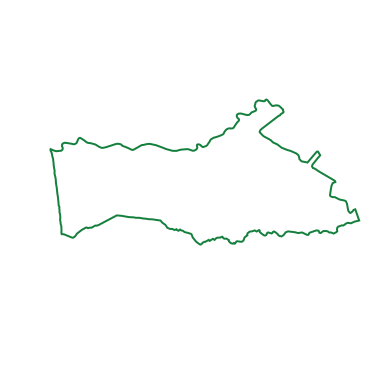 Tiquisate, Escuintla, Guatemala, rotated 61°
{"feature_id": "79465075B69803572716764", "entity_name": "Tiquisate", "entity_type": "district", "adm_level": 2, "iso_a3": "GTM", "parent_name": "Guatemala", "parent_adm1": "Escuintla", "projection": "orthographic", "projection_center": [-91.43, 14.173], "detail": "fine", "context": "isolated", "style": "outline", "palette": "green", "viewbox_px": 384, "rotation_deg": 61, "n_neighbors": 0, "source": "geoboundaries", "source_scale": "gbopen_adm2", "svg_char_len": 5984}
<svg xmlns="http://www.w3.org/2000/svg" viewBox="0 0 384 384"><g transform="rotate(61 192 192)"><path d="M297.1,85.3L296.8,84.0L294.7,83.2L293.5,82.0L293.2,80.9L293.8,77.3L294.7,75.7L294.3,72.5L294.4,70.8L296.4,68.2L296.7,64.3L298.0,59.6L286.3,57.6L286.0,59.2L286.9,61.4L287.2,63.4L286.5,64.1L284.1,64.4L277.2,62.1L275.0,61.9L274.0,62.2L272.5,63.8L270.1,66.6L265.7,69.6L264.8,71.3L263.1,72.8L262.1,73.0L261.5,72.7L256.8,69.1L254.4,67.2L252.4,64.6L252.8,61.8L251.8,61.6L250.3,62.3L236.3,70.6L231.1,73.3L230.1,74.1L229.6,74.6L227.7,74.6L226.4,73.2L225.2,70.1L223.4,65.8L222.1,62.1L217.8,62.2L217.3,62.9L217.5,64.2L222.2,76.7L218.3,81.3L215.4,82.1L213.4,81.4L211.2,81.1L208.7,82.2L203.9,85.8L201.4,88.3L196.8,92.1L191.9,94.2L187.9,97.1L184.8,98.0L177.8,102.4L172.7,103.8L172.1,103.6L171.0,102.2L170.5,100.1L167.4,79.3L167.6,77.8L167.0,76.9L166.7,73.5L166.2,73.0L164.7,72.9L164.1,72.4L162.8,72.8L162.2,73.0L160.5,73.5L159.1,74.0L158.5,74.4L157.9,75.1L157.4,75.7L156.9,76.7L156.6,77.6L156.1,79.2L155.9,79.7L155.5,80.1L155.0,80.3L154.1,80.5L153.2,80.7L152.5,80.8L151.4,81.0L150.6,81.1L149.0,81.3L148.6,81.4L148.3,81.5L147.7,81.8L147.3,82.0L147.1,82.4L147.1,83.1L147.3,83.4L147.7,84.0L147.7,84.5L147.5,85.1L147.2,85.6L144.8,88.5L144.4,89.1L144.1,89.6L144.0,90.1L144.1,90.6L144.2,91.4L144.2,91.9L144.3,92.5L144.6,92.9L144.9,93.4L145.3,93.7L145.8,94.0L146.2,94.5L146.9,95.3L147.2,95.5L147.6,95.6L148.2,95.7L148.8,95.8L149.3,95.8L150.2,95.7L150.6,95.8L151.1,95.9L151.6,96.4L151.7,96.7L151.7,97.9L151.6,98.7L151.4,100.5L151.3,101.0L151.3,101.5L151.5,102.0L151.8,102.8L152.0,103.3L152.1,104.2L152.1,104.6L152.1,105.0L151.9,105.4L151.5,106.2L151.3,106.6L150.6,107.4L149.7,108.4L147.2,111.0L146.2,112.9L146.1,113.4L146.1,114.4L146.1,114.9L146.6,115.6L147.2,116.0L147.7,116.2L148.1,116.2L148.7,116.3L149.2,116.2L149.6,116.2L150.8,115.7L151.5,115.8L151.9,116.0L152.4,116.7L152.6,117.1L153.1,118.9L153.5,119.8L155.5,123.6L155.8,124.1L156.0,124.8L156.0,125.6L155.8,126.1L155.4,127.0L154.6,128.2L154.3,128.8L154.1,129.5L154.0,130.0L154.0,130.7L154.0,131.5L154.2,132.2L154.4,132.8L154.7,133.5L155.1,134.4L155.8,135.3L156.1,135.8L156.4,136.3L156.6,137.5L156.5,139.0L156.1,142.1L155.5,144.9L155.1,146.6L155.1,148.1L155.1,148.9L155.1,149.6L155.2,150.0L155.4,150.6L156.4,152.1L157.8,154.9L158.3,155.8L158.5,156.4L158.6,156.8L158.6,157.6L158.2,159.8L158.1,160.3L157.9,160.7L157.5,161.1L156.9,161.3L154.8,162.0L154.2,162.4L153.8,162.8L153.4,163.3L153.2,163.8L153.1,164.5L153.5,165.1L155.1,165.6L155.6,165.8L156.0,166.1L156.3,166.4L156.5,166.8L156.9,167.6L156.9,168.1L156.9,169.6L156.8,170.2L156.6,170.7L156.3,171.3L156.0,171.6L153.0,174.3L152.7,174.7L152.1,175.6L150.5,179.1L149.7,180.9L149.2,182.6L148.8,184.5L148.5,185.6L146.7,188.8L146.4,189.2L141.6,194.1L139.4,195.8L133.8,200.6L130.1,204.8L129.1,206.2L128.6,207.2L128.4,207.7L128.2,208.3L127.8,209.8L127.2,211.9L126.7,212.8L126.6,213.3L126.6,214.6L126.7,222.2L126.5,223.1L126.4,223.6L126.1,224.0L125.8,224.3L122.9,226.3L120.6,228.1L118.4,230.0L117.9,230.4L116.7,230.8L116.3,230.9L115.7,231.2L114.3,232.8L113.7,233.8L113.4,234.5L113.2,235.2L113.0,235.8L112.2,240.1L111.2,245.0L110.6,247.4L110.2,248.4L109.8,249.3L109.2,250.0L108.3,250.7L106.8,251.7L103.7,253.4L101.9,255.2L100.4,256.7L98.8,258.9L98.1,259.6L97.8,259.8L96.2,260.6L94.7,261.2L91.9,262.7L90.8,263.3L90.4,263.6L90.2,264.2L90.2,264.8L90.4,265.4L91.0,266.4L93.0,268.9L93.2,269.3L93.3,270.7L93.3,271.1L93.1,271.9L92.9,272.2L92.2,273.2L91.1,274.3L87.7,278.7L87.4,279.2L87.2,279.6L87.1,280.2L87.0,280.8L87.1,281.7L87.3,282.2L87.6,282.7L88.3,283.2L89.1,283.5L90.7,283.7L91.8,284.3L92.2,285.1L92.4,285.5L92.5,286.2L92.3,286.8L92.0,287.4L91.1,289.6L90.5,291.0L88.9,292.6L86.8,294.2L86.0,294.9L86.5,295.4L87.2,295.6L89.2,295.7L90.5,296.0L92.9,296.8L95.6,297.4L97.7,298.3L99.4,299.0L102.3,300.3L102.9,300.5L103.6,300.8L106.7,301.8L108.8,303.1L110.1,303.6L112.4,304.2L114.3,304.8L118.6,306.8L120.0,307.3L122.6,308.2L128.5,310.7L130.6,311.4L134.2,312.9L137.8,314.5L138.4,314.8L138.9,315.0L139.9,315.2L140.4,315.2L141.0,315.3L142.1,316.1L142.7,316.3L143.1,316.4L143.9,316.8L145.3,317.6L146.5,318.0L148.0,318.4L149.2,318.9L149.9,319.3L150.9,319.8L151.3,320.0L152.1,320.7L152.4,320.9L154.4,321.5L155.2,321.9L156.7,322.5L157.2,322.6L158.4,322.8L159.3,323.2L163.1,325.2L164.0,325.8L164.7,326.1L165.1,326.3L165.7,326.4L166.9,324.5L171.4,320.9L173.6,319.1L174.4,318.1L174.1,315.7L172.6,312.7L171.7,306.5L171.7,301.9L172.1,301.2L172.9,300.8L173.4,300.0L173.5,298.9L174.5,297.1L174.5,292.7L175.3,291.5L175.6,289.8L176.0,269.1L178.8,265.0L183.2,259.6L186.1,255.0L187.3,253.7L189.1,250.5L191.3,247.8L193.7,244.3L194.4,243.7L196.7,239.9L201.7,233.4L204.3,232.9L207.9,231.2L211.4,230.9L212.6,229.9L213.6,229.2L214.7,227.2L216.8,225.7L217.0,223.7L217.7,223.7L219.2,222.8L219.4,222.4L219.0,221.2L219.1,220.6L219.9,220.4L221.6,218.7L223.5,217.9L225.3,215.9L228.1,213.2L228.7,212.9L232.1,213.4L235.7,212.8L237.6,212.4L241.6,210.6L242.2,209.8L242.0,208.1L241.5,207.4L241.6,205.2L242.0,204.8L242.0,200.7L242.5,200.8L243.4,200.1L243.2,199.1L243.1,196.4L244.8,195.5L244.2,193.5L244.2,192.0L245.0,190.5L245.6,189.4L245.6,187.7L245.9,187.1L247.4,187.0L248.5,186.4L249.6,184.3L251.3,183.6L251.9,183.1L253.1,183.6L255.5,182.9L257.1,181.2L256.9,180.1L257.5,179.7L257.9,179.6L257.9,179.2L256.9,177.4L256.9,176.9L257.0,176.3L259.3,173.3L259.7,172.1L259.4,170.6L258.2,169.1L257.3,168.2L257.0,166.9L256.7,164.6L256.0,164.4L255.1,163.5L254.6,160.8L255.5,158.6L256.0,155.8L257.9,154.6L257.8,151.8L258.6,151.5L259.7,152.1L260.5,152.0L264.6,150.2L265.5,149.3L265.6,148.0L264.3,146.1L264.3,145.0L266.9,142.4L266.8,141.6L266.3,140.9L266.2,139.6L267.5,138.6L270.3,137.5L271.4,137.5L273.1,136.6L274.3,135.1L274.1,132.8L272.7,129.6L273.0,127.1L274.0,125.7L277.0,121.6L279.3,119.2L280.8,115.3L284.9,112.4L285.8,111.4L285.7,110.6L284.6,109.0L285.9,101.8L287.2,100.1L289.3,100.3L290.0,99.8L290.3,99.2L290.0,97.5L289.9,96.0L291.3,93.4L292.2,92.4L294.1,91.5L294.8,90.0L297.0,88.3L297.1,85.3Z" fill="none" stroke="#15803d" stroke-width="2"/></g></svg>